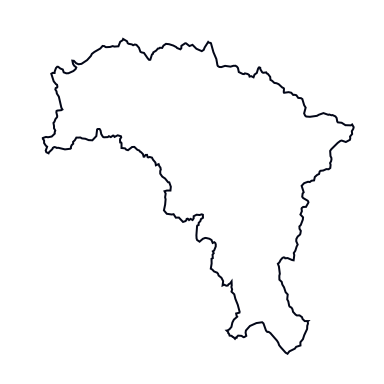 outline of Canas, Cusco, Peru, rotated 186°
{"feature_id": "86281439B51394298933174", "entity_name": "Canas", "entity_type": "district", "adm_level": 2, "iso_a3": "PER", "parent_name": "Peru", "parent_adm1": "Cusco", "projection": "natural_earth1", "projection_center": [-71.322, -14.372], "detail": "fine", "context": "isolated", "style": "outline", "palette": "ink", "viewbox_px": 384, "rotation_deg": 186, "n_neighbors": 0, "source": "geoboundaries", "source_scale": "gbopen_adm2", "svg_char_len": 5951}
<svg xmlns="http://www.w3.org/2000/svg" viewBox="0 0 384 384"><g transform="rotate(186 192 192)"><path d="M63.0,75.8L66.4,75.4L68.8,77.3L69.5,79.0L72.1,80.5L74.8,80.2L76.2,80.9L79.0,83.4L79.8,85.8L81.0,87.4L82.9,88.2L83.5,89.1L84.8,93.3L86.1,95.2L86.1,100.1L88.4,102.1L90.5,106.8L92.5,109.4L93.4,112.0L95.9,113.9L96.4,117.8L96.1,119.8L97.8,127.1L99.1,129.6L97.8,131.0L96.7,133.7L95.3,135.7L94.2,136.5L93.1,136.5L92.4,135.8L90.0,136.3L85.3,134.8L83.8,134.7L83.7,140.0L84.4,141.9L83.1,144.4L82.2,148.8L81.4,150.7L83.2,154.0L83.3,156.2L82.2,158.8L80.4,160.6L79.9,161.6L79.7,164.7L81.2,166.6L81.6,169.0L80.4,170.5L78.9,176.1L78.9,178.4L81.8,180.9L80.7,184.4L81.3,186.8L81.1,187.6L79.8,188.8L77.1,189.1L75.1,193.7L75.5,194.9L76.2,195.5L80.8,197.6L81.9,198.8L81.8,202.1L80.9,203.4L83.6,209.6L81.5,212.4L80.6,212.9L77.7,214.3L75.9,214.2L74.3,215.7L71.8,216.3L71.4,219.8L69.3,222.1L67.5,223.2L67.2,225.6L66.5,226.5L63.7,227.1L60.8,228.8L58.5,228.9L57.0,230.3L57.0,233.5L57.7,235.2L56.9,237.1L56.7,239.0L57.0,240.6L58.0,242.1L58.9,247.3L58.0,249.0L52.2,256.1L49.8,258.3L48.5,258.8L44.2,257.8L40.4,260.4L40.2,261.9L40.6,263.7L38.8,266.4L39.4,269.2L38.2,271.7L38.0,273.4L39.8,275.9L40.9,274.9L46.4,274.5L50.4,276.5L54.2,276.5L54.9,277.2L55.9,280.7L57.3,282.2L60.3,283.2L61.2,282.9L63.7,283.4L64.5,283.0L69.5,284.2L73.9,282.1L75.7,280.8L82.6,279.1L86.3,279.0L87.5,279.8L88.7,281.9L87.8,287.8L89.5,290.0L92.0,296.0L93.4,296.7L96.2,296.7L98.3,299.1L100.1,299.4L101.5,299.1L103.7,301.1L106.4,301.4L110.8,300.3L111.2,300.9L111.3,304.3L111.7,304.9L113.2,305.4L117.1,308.3L119.3,309.0L121.5,309.1L124.0,311.0L125.7,311.7L126.3,314.7L128.8,317.3L130.1,317.8L130.7,318.7L133.7,318.0L134.8,318.5L136.9,321.3L137.1,322.6L137.9,323.0L138.6,322.8L139.2,321.4L140.0,317.2L142.1,315.3L142.8,312.5L145.3,313.4L146.8,312.8L147.5,314.4L149.1,315.2L151.8,315.5L152.6,314.7L153.9,314.7L158.0,316.2L159.2,320.0L160.3,321.3L161.9,322.1L164.1,321.8L166.8,320.7L172.3,320.9L175.9,319.3L177.9,319.2L179.5,320.0L180.0,320.9L181.7,326.8L185.3,333.3L188.6,341.7L189.0,342.2L190.9,342.3L191.6,342.9L194.5,337.1L195.2,334.6L197.0,333.1L202.6,334.9L206.9,338.4L209.8,336.9L213.4,339.2L214.3,339.2L217.8,336.3L217.7,333.7L218.5,332.7L221.8,333.6L222.9,334.5L225.9,335.7L230.2,336.6L233.4,336.6L235.7,334.6L236.7,332.2L239.0,332.1L240.0,331.2L240.9,331.1L242.5,328.8L245.1,326.8L245.3,325.3L246.2,324.6L247.3,319.2L247.8,319.0L248.6,319.0L250.1,320.4L254.3,325.3L256.9,325.6L258.0,326.1L259.8,329.9L262.6,332.5L264.3,332.7L265.9,331.8L267.2,332.5L270.6,332.8L271.5,333.3L272.4,335.1L276.5,337.0L276.8,335.7L279.1,333.9L280.4,329.2L284.4,328.5L286.1,328.8L288.6,327.7L292.2,327.1L293.1,327.1L294.4,327.9L296.2,327.9L298.2,325.1L303.7,321.1L306.0,318.9L306.8,316.7L310.1,312.2L315.3,307.9L318.1,307.2L320.6,307.9L323.2,310.1L324.7,310.1L323.7,307.0L322.4,305.3L320.1,303.8L320.6,302.1L322.6,299.9L327.3,297.2L329.4,296.9L332.1,297.6L333.3,300.3L336.0,301.1L338.1,302.5L339.1,302.5L340.2,301.1L341.1,297.7L341.1,296.0L343.0,295.9L344.3,294.9L341.1,287.6L338.6,285.1L337.4,284.5L336.9,282.7L337.0,281.9L338.4,281.1L338.6,279.6L337.3,278.0L336.7,275.8L334.4,272.9L330.7,262.1L329.5,260.5L330.6,259.7L334.5,258.9L335.2,258.4L335.2,256.9L334.0,253.6L334.0,252.4L335.5,250.1L336.1,247.6L337.0,246.2L336.1,243.1L335.9,241.0L334.4,238.8L334.8,237.1L334.6,235.7L337.3,232.5L340.9,231.4L343.0,231.5L346.0,230.1L345.9,229.3L344.5,227.8L344.2,225.2L342.2,222.8L340.8,221.9L341.8,217.9L341.0,216.3L338.7,215.5L338.4,216.5L335.4,220.0L335.0,221.3L333.7,222.3L332.2,222.2L331.2,221.7L329.5,222.0L322.8,221.1L317.5,222.3L317.0,222.8L317.1,224.3L316.6,226.0L315.2,227.6L315.5,229.4L313.9,231.3L312.7,234.0L308.6,234.5L307.0,233.8L303.6,233.8L300.2,232.8L296.5,233.0L293.0,237.6L292.9,244.3L292.3,244.8L290.5,245.0L289.4,243.6L288.3,240.1L286.4,237.6L285.3,237.2L281.5,237.8L280.5,238.8L278.5,238.1L276.4,239.9L275.8,239.8L274.8,238.7L271.8,240.6L268.5,240.0L268.1,239.0L269.0,237.3L269.0,235.9L268.6,233.8L267.6,233.8L267.2,233.2L266.7,228.4L263.2,228.4L261.8,227.2L260.0,226.9L256.3,230.5L254.0,230.8L250.8,228.3L248.7,227.7L247.8,226.6L247.0,226.4L244.8,224.6L243.8,222.1L243.0,222.2L242.6,223.3L242.0,224.0L240.6,224.2L239.9,222.2L239.2,221.8L237.7,222.4L235.4,222.0L234.2,220.1L231.5,217.5L230.7,214.8L228.1,216.2L227.0,214.0L226.0,213.1L225.4,211.0L225.8,209.6L225.5,206.9L223.2,204.2L220.2,202.6L216.8,199.2L215.6,199.2L213.6,195.0L213.6,191.2L217.2,190.8L219.4,189.9L218.0,187.6L218.2,184.0L217.5,182.0L217.4,176.7L218.0,170.8L214.8,167.7L209.8,167.5L208.0,168.0L205.4,164.8L202.4,165.2L197.8,161.3L195.4,162.4L194.6,163.6L194.5,164.6L193.8,165.0L193.2,164.9L192.0,163.8L190.6,165.1L188.5,164.2L187.6,165.9L187.8,168.1L185.0,169.9L182.1,169.9L180.0,170.8L178.8,170.5L178.4,167.5L180.3,165.9L180.6,164.0L182.1,162.0L182.0,159.8L183.1,159.3L183.4,158.7L183.1,149.5L182.6,146.3L181.9,144.8L179.3,143.4L176.3,146.6L174.1,147.7L172.7,147.7L169.8,147.3L167.6,146.3L166.1,143.5L164.6,144.4L163.5,143.7L162.9,142.4L162.7,140.3L163.9,136.1L165.1,135.2L164.0,133.4L165.0,131.8L164.4,128.4L165.6,127.6L165.0,122.9L165.3,117.7L163.7,117.0L161.8,115.3L158.6,114.4L157.5,113.3L156.8,111.7L153.8,109.8L151.7,106.6L151.8,102.3L150.4,103.2L148.1,102.4L146.7,102.7L146.0,104.0L144.5,105.1L143.3,107.2L142.7,103.1L142.9,101.6L141.9,99.3L142.3,97.0L139.3,94.7L137.7,90.3L134.7,84.6L132.1,77.8L132.2,77.0L135.4,75.8L134.7,73.5L134.0,72.7L137.0,69.5L138.2,66.4L138.7,61.9L140.4,59.4L142.2,58.0L143.0,57.8L141.4,56.5L141.2,55.4L140.3,54.7L139.6,53.1L137.6,53.1L136.4,52.1L135.6,52.0L133.9,50.5L133.1,51.8L132.4,51.7L132.1,52.8L131.1,54.0L127.7,54.1L125.6,53.0L124.8,53.2L123.0,54.6L124.0,57.6L123.9,59.9L120.4,64.8L114.2,68.4L108.6,69.8L107.2,68.8L103.9,61.9L102.5,60.7L101.2,60.9L99.3,59.9L92.0,53.1L90.5,51.2L89.3,48.7L87.3,46.7L82.1,42.0L80.1,41.1L78.5,43.7L73.4,46.9L72.2,48.9L68.1,50.7L68.5,53.9L66.3,57.2L65.4,61.4L63.2,67.8L63.4,71.0L62.9,73.2L63.4,75.3L63.0,75.8Z" fill="none" stroke="#020617" stroke-width="2"/></g></svg>